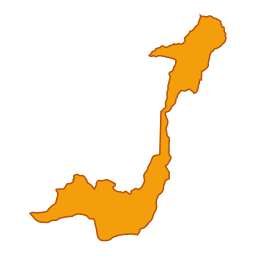 the district of Pirapozinho, São Paulo, Brazil
{"feature_id": "56859067B23767798261790", "entity_name": "Pirapozinho", "entity_type": "district", "adm_level": 2, "iso_a3": "BRA", "parent_name": "Brazil", "parent_adm1": "São Paulo", "projection": "robinson", "projection_center": [-51.607, -22.434], "detail": "fine", "context": "isolated", "style": "filled", "palette": "amber", "viewbox_px": 256, "rotation_deg": 0, "n_neighbors": 0, "source": "geoboundaries", "source_scale": "gbopen_adm2", "svg_char_len": 4484}
<svg xmlns="http://www.w3.org/2000/svg" viewBox="0 0 256 256"><path d="M149.1,55.6L150.6,56.3L152.1,56.2L153.3,55.6L155.5,56.7L157.3,56.3L158.8,55.7L160.6,55.6L162.3,56.2L164.0,56.3L166.1,57.0L167.6,57.2L168.9,57.4L170.4,57.9L172.0,58.2L173.4,58.7L174.9,59.4L176.1,60.5L175.8,62.8L175.5,64.7L174.9,66.0L173.8,67.1L173.6,68.5L173.0,70.1L172.0,71.3L170.7,71.9L169.4,72.6L169.1,74.2L169.8,75.6L170.5,77.0L169.9,78.5L169.5,80.0L169.1,81.5L168.9,82.9L168.5,84.3L168.0,85.6L168.0,87.4L168.1,89.0L167.5,90.8L167.0,92.7L167.1,95.4L167.2,97.6L166.6,99.6L165.9,101.2L165.4,103.7L165.9,106.0L165.6,107.5L163.7,108.9L162.6,110.4L161.0,111.4L159.8,154.4L157.8,155.1L156.1,155.3L154.5,155.7L153.2,156.4L152.0,158.4L151.5,160.2L150.7,162.3L149.7,164.2L148.3,166.3L147.8,168.6L146.8,170.5L144.5,173.6L143.8,175.6L144.2,178.6L144.6,180.5L144.2,182.2L143.3,183.9L142.5,185.8L141.4,187.5L140.2,188.4L138.9,189.5L135.6,188.4L133.6,189.8L131.2,190.9L131.0,193.3L129.8,194.2L127.9,192.8L126.5,191.7L125.1,191.3L124.3,192.5L122.1,192.5L120.3,191.8L119.1,191.8L117.6,191.6L115.6,190.7L113.6,188.8L112.9,187.2L115.1,185.6L115.4,184.1L114.5,183.2L112.9,182.7L111.7,181.7L109.6,180.8L107.7,179.9L105.9,179.8L104.2,180.3L101.9,180.8L100.1,180.7L98.7,180.4L97.3,181.4L96.3,183.1L96.5,184.7L95.6,186.4L95.0,188.0L94.3,189.1L93.2,187.7L92.1,186.3L91.1,185.1L89.9,184.2L88.9,183.4L87.3,182.5L86.7,180.1L86.0,178.9L84.5,176.9L82.8,175.5L80.0,175.7L77.1,174.3L75.3,174.8L73.7,176.0L74.4,178.0L73.0,179.9L73.7,181.3L72.2,182.7L70.4,183.4L69.2,183.6L67.3,183.8L65.9,185.5L65.2,187.3L64.3,188.4L63.0,189.0L61.2,189.1L59.0,189.1L57.3,189.1L56.1,189.5L56.3,190.9L57.6,192.5L58.0,194.4L57.6,196.2L56.9,198.6L55.6,203.5L51.6,206.1L50.0,207.7L48.5,209.2L47.5,211.0L44.4,212.1L43.1,212.2L39.5,212.6L36.6,212.8L33.0,212.4L31.5,212.6L30.1,213.5L33.5,217.1L34.7,218.8L36.9,220.6L38.9,221.6L40.2,222.0L44.2,222.3L46.0,222.4L47.8,222.5L49.4,221.7L51.2,220.7L53.9,220.3L56.4,220.2L58.0,219.4L59.7,218.3L62.3,217.6L65.7,217.0L69.3,216.5L72.0,216.4L73.7,215.4L75.3,214.7L77.6,214.0L78.8,213.9L83.1,214.6L86.6,215.6L89.3,218.6L93.7,219.0L94.7,220.8L94.9,222.3L95.3,225.0L96.4,228.6L97.3,234.7L97.9,237.0L99.0,238.6L100.8,240.2L103.5,240.6L105.9,240.6L108.6,240.2L110.6,239.2L112.2,237.8L113.4,237.1L116.0,236.1L119.6,235.1L123.1,234.5L130.3,234.0L133.7,234.1L137.4,234.8L139.2,232.4L139.7,230.9L140.4,229.1L142.2,228.3L143.8,227.9L145.4,226.7L146.2,225.7L147.5,224.6L148.5,222.8L150.7,220.8L152.0,219.0L152.8,216.9L153.3,215.1L154.3,212.8L155.8,210.2L156.2,208.8L156.6,207.2L156.4,204.2L156.2,202.4L156.5,200.0L157.1,198.1L158.3,195.4L159.2,194.5L160.9,193.3L162.0,192.0L163.3,189.4L163.5,187.1L163.8,185.4L164.4,183.6L165.0,182.1L165.5,180.6L167.4,179.4L169.1,178.8L169.4,177.2L168.9,175.2L169.3,172.5L167.8,170.1L166.4,167.5L165.4,165.9L167.5,164.6L168.5,162.5L169.7,160.8L170.7,158.9L170.9,156.6L169.3,155.1L168.7,152.3L169.2,150.5L168.9,148.7L168.9,146.2L169.0,143.2L169.3,140.9L169.3,138.0L167.1,135.7L166.5,131.0L165.8,128.9L167.2,125.2L167.7,123.4L167.8,121.0L166.8,118.5L165.9,116.2L165.3,113.7L165.4,112.2L167.3,111.8L169.3,110.9L171.0,108.5L171.5,107.0L173.0,105.5L174.6,103.9L175.4,102.7L175.7,101.0L176.0,99.1L177.3,96.8L177.6,94.8L178.5,93.6L179.4,92.7L180.9,90.7L182.5,90.6L185.0,91.1L187.0,90.0L189.2,89.1L190.8,90.1L193.0,91.8L194.1,93.4L196.1,92.4L197.3,90.8L197.7,89.4L198.3,87.5L198.5,84.9L199.2,83.6L199.5,81.8L199.6,80.0L201.5,79.9L201.3,77.9L201.6,76.0L201.7,74.5L201.5,73.1L202.1,71.1L203.7,70.6L205.1,69.4L206.6,68.3L207.6,66.9L208.4,65.7L208.2,63.6L208.6,61.2L209.1,59.4L209.6,56.8L209.9,55.2L210.6,53.4L211.1,51.9L212.4,51.5L213.3,50.6L214.7,48.8L216.2,48.6L217.9,47.8L219.6,46.8L220.9,45.9L221.9,44.7L223.7,43.0L225.2,41.3L225.7,39.3L225.9,37.4L225.2,35.6L225.8,34.3L225.2,32.8L224.3,31.8L224.2,29.5L224.0,27.5L222.2,26.6L221.5,25.1L220.9,23.6L220.7,21.6L219.6,20.6L217.8,19.5L216.0,18.4L214.6,18.3L213.1,17.8L211.9,16.6L210.1,16.0L208.4,16.2L207.2,16.7L205.7,16.9L203.3,16.2L201.5,16.5L200.4,15.4L200.6,17.5L199.7,19.2L198.6,22.0L198.2,24.3L197.2,25.5L195.7,26.3L194.2,28.4L192.9,30.2L191.4,30.9L190.0,31.3L189.2,33.2L187.5,35.3L185.9,36.7L184.5,38.0L185.2,40.3L184.1,42.2L182.7,43.7L181.3,44.2L180.1,43.9L178.4,43.6L176.8,44.3L175.6,44.7L174.4,43.8L172.8,44.5L171.4,45.5L169.9,45.6L167.8,46.8L166.2,47.4L164.5,46.9L162.7,45.8L161.1,46.5L160.2,47.4L158.9,47.8L157.3,48.3L155.8,48.9L155.1,50.5L154.0,51.4L152.4,51.3L151.5,53.1L150.1,54.5L149.1,55.6Z" fill="#f59e0b" stroke="#b45309" stroke-width="1.5"/></svg>